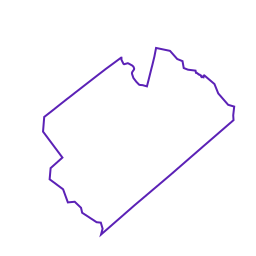 outline of York, South Carolina, United States of America, rotated 319°
{"feature_id": "52423323B59570542533624", "entity_name": "York", "entity_type": "district", "adm_level": 2, "iso_a3": "USA", "parent_name": "United States of America", "parent_adm1": "South Carolina", "projection": "albers", "projection_center": [-81.025, 34.993], "detail": "fine", "context": "isolated", "style": "outline", "palette": "violet", "viewbox_px": 256, "rotation_deg": 319, "n_neighbors": 0, "source": "geoboundaries", "source_scale": "gbopen_adm2", "svg_char_len": 1592}
<svg xmlns="http://www.w3.org/2000/svg" viewBox="0 0 256 256"><g transform="rotate(319 128 128)"><path d="M37.8,190.7L82.1,190.6L128.3,191.2L172.2,191.2L212.8,191.3L215.7,187.5L222.2,181.5L218.8,176.2L218.8,161.1L222.1,151.5L220.1,138.3L220.0,138.2L219.7,138.2L219.6,138.3L219.3,138.6L219.1,138.7L219.0,138.8L218.8,138.8L218.6,139.0L218.3,139.2L218.0,138.3L218.1,138.1L218.0,137.9L217.8,137.7L217.7,137.7L217.5,138.0L217.5,138.3L217.3,138.3L217.0,138.0L216.9,137.9L217.0,137.4L217.0,137.1L217.3,136.8L217.3,136.5L217.5,136.3L217.5,136.1L217.3,135.8L217.3,135.7L217.1,135.4L217.1,135.2L217.1,134.9L216.9,134.7L217.0,134.6L216.9,134.4L216.6,134.2L216.5,133.8L216.4,133.6L216.5,133.4L216.5,133.2L216.3,132.9L216.3,132.4L216.1,132.1L216.0,131.9L215.9,131.6L215.8,131.4L216.0,131.2L215.9,131.0L215.7,131.1L215.5,130.9L216.6,129.0L211.5,123.3L209.4,119.3L213.0,113.3L210.4,108.2L210.3,97.4L210.2,97.2L201.7,86.0L194.8,91.4L186.9,97.0L185.4,98.0L183.1,99.6L175.1,105.2L169.6,109.0L167.1,105.2L165.3,103.4L164.8,102.5L164.6,98.6L164.9,93.8L166.4,90.1L167.0,89.1L168.1,88.5L170.0,88.0L170.9,87.8L171.6,87.2L172.2,85.8L172.3,85.0L172.2,83.7L171.0,80.4L170.4,79.0L166.9,77.3L166.8,77.1L166.7,76.5L167.7,72.6L167.9,72.1L168.8,71.1L169.0,70.9L169.2,70.6L169.0,70.4L158.9,69.6L149.3,68.8L148.8,68.8L140.6,68.3L110.2,66.6L109.5,66.6L102.4,66.2L101.1,66.1L94.8,65.8L83.5,65.3L72.0,64.7L61.5,75.0L60.7,85.8L59.1,107.3L43.3,107.5L35.2,115.3L38.8,131.7L33.8,144.7L39.4,148.7L40.2,157.4L37.8,161.9L42.5,178.5L45.4,181.6L44.2,184.2L42.8,187.3L37.8,190.7Z" fill="none" stroke="#5b21b6" stroke-width="2"/></g></svg>